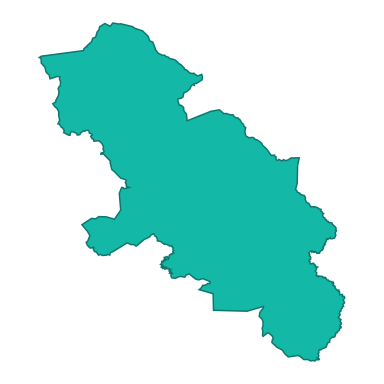 Sefwi-wiawso, Western, Ghana
{"feature_id": "2480657B7942392054994", "entity_name": "Sefwi-wiawso", "entity_type": "district", "adm_level": 2, "iso_a3": "GHA", "parent_name": "Ghana", "parent_adm1": "Western", "projection": "orthographic", "projection_center": [-2.458, 6.306], "detail": "fine", "context": "isolated", "style": "filled", "palette": "teal", "viewbox_px": 384, "rotation_deg": 0, "n_neighbors": 0, "source": "geoboundaries", "source_scale": "gbopen_adm2", "svg_char_len": 5976}
<svg xmlns="http://www.w3.org/2000/svg" viewBox="0 0 384 384"><path d="M58.0,123.9L59.2,123.9L61.4,127.3L62.5,127.8L64.3,130.7L63.7,132.6L68.9,135.3L70.1,135.1L70.1,133.5L71.7,131.4L76.9,133.4L76.9,134.7L78.0,135.1L79.8,134.6L80.7,133.0L83.5,130.8L84.6,131.3L86.1,130.4L88.2,130.3L88.9,130.9L89.3,133.1L92.0,134.1L92.1,135.3L90.6,136.3L92.1,138.8L93.4,139.0L93.9,141.2L99.0,140.7L101.7,143.3L103.5,146.6L103.0,149.3L104.0,150.8L103.8,152.0L101.8,153.2L101.3,152.9L100.9,154.2L103.4,153.9L110.4,161.1L110.1,162.6L111.9,169.7L114.1,171.3L120.6,178.1L125.8,179.7L126.2,181.1L125.3,182.4L126.5,185.1L126.2,185.8L126.9,187.1L128.1,186.9L128.1,187.3L129.1,187.6L124.2,188.7L123.1,187.6L121.8,187.4L121.5,187.8L119.3,193.3L120.7,210.1L114.5,219.2L106.1,216.8L98.7,216.6L95.7,218.8L91.5,218.4L81.9,224.7L87.3,231.1L89.9,235.6L87.8,241.0L86.2,242.3L87.4,245.3L89.7,247.8L90.7,248.1L93.6,247.2L93.9,248.1L93.2,249.0L94.5,251.6L96.3,251.9L98.5,255.1L100.8,254.5L102.3,255.5L106.4,255.2L107.9,254.5L109.7,255.1L110.5,252.5L112.7,251.8L127.1,242.9L131.1,244.6L133.7,244.5L136.1,246.1L136.8,245.7L144.2,239.5L149.6,236.9L151.1,234.9L153.6,233.8L154.8,235.8L156.3,236.7L157.5,239.7L157.3,240.8L160.7,241.5L164.3,244.3L166.4,244.2L169.9,246.1L171.6,245.7L171.9,246.7L172.8,247.0L173.1,250.3L173.5,250.4L172.8,251.7L173.6,253.0L172.9,252.9L171.8,254.4L171.3,253.9L169.4,255.1L168.6,258.6L167.1,256.6L166.3,256.5L165.5,257.4L164.2,257.4L164.4,258.5L166.7,259.6L165.4,259.9L165.0,260.8L164.0,259.9L163.0,261.2L163.7,262.3L162.6,261.1L161.9,261.2L161.6,261.9L162.0,262.9L160.6,264.5L162.0,264.8L161.7,265.7L162.2,266.1L161.2,267.1L162.4,267.5L162.5,268.4L163.7,267.9L163.6,266.4L164.5,267.5L164.2,268.7L164.7,269.1L165.8,268.9L166.2,267.2L167.4,268.8L169.3,268.7L169.1,270.6L170.7,269.9L169.9,271.3L171.1,272.0L169.9,272.2L169.5,273.3L172.0,273.7L171.1,274.4L170.9,276.1L171.8,277.9L175.8,278.2L177.5,277.2L180.5,276.4L184.8,277.2L186.2,275.0L189.0,273.8L195.5,279.0L198.6,279.9L202.8,278.6L210.1,281.6L209.9,283.6L208.0,283.4L205.1,285.3L202.8,285.3L200.9,288.3L199.1,289.7L213.1,293.7L213.5,310.3L247.1,311.2L263.5,306.4L263.5,307.6L260.0,312.1L259.2,316.3L262.2,319.3L263.0,321.6L263.0,325.8L262.2,328.3L262.9,331.7L262.5,335.3L263.1,336.4L266.6,333.5L268.3,332.8L272.2,335.9L273.3,338.1L272.4,339.6L271.9,342.5L276.8,347.1L282.3,350.1L285.0,353.9L288.4,356.9L298.0,355.5L300.2,356.5L303.9,359.6L307.8,359.5L310.5,360.9L313.2,360.5L314.8,361.0L315.9,359.9L319.2,359.6L319.4,359.1L317.4,358.1L318.3,358.0L318.8,355.4L318.0,353.7L318.9,352.9L318.8,351.0L319.4,349.7L320.8,349.9L321.5,349.1L326.1,347.2L327.6,343.0L329.6,342.1L330.0,339.1L332.2,337.1L332.7,337.5L334.9,336.7L335.9,333.1L337.4,332.6L337.5,331.6L339.4,330.2L339.6,328.5L341.1,327.8L341.1,326.7L340.3,326.6L339.9,325.5L341.2,324.1L341.1,322.4L340.2,321.6L340.3,320.3L341.0,319.8L338.4,317.5L340.2,314.5L339.5,313.3L339.9,311.5L340.9,311.2L341.1,309.1L342.2,308.2L342.4,306.7L343.6,306.5L343.0,305.2L343.2,304.2L344.6,302.8L343.2,299.9L344.7,298.0L344.7,297.1L343.9,296.2L342.6,296.6L342.4,294.4L339.7,294.7L339.4,291.3L338.2,291.0L338.6,290.0L336.8,290.1L335.2,287.9L335.0,286.2L332.9,285.3L333.8,283.6L333.3,282.6L333.2,283.1L332.1,282.9L331.8,281.7L328.6,280.9L328.4,280.1L327.2,280.0L325.4,277.4L324.7,277.4L324.5,278.0L323.4,277.3L323.0,277.6L322.6,276.5L319.2,276.1L318.5,276.8L318.0,275.9L316.4,275.8L316.7,272.6L315.4,271.3L316.5,268.8L316.4,267.9L317.5,267.1L315.6,266.8L316.1,265.6L315.3,266.3L314.9,264.6L314.5,264.1L314.0,264.4L313.1,263.2L310.6,264.0L309.8,262.7L310.0,261.5L308.9,260.9L309.0,260.2L310.6,259.3L310.7,257.6L310.1,256.2L309.3,255.9L309.7,254.1L308.8,253.3L310.1,251.2L311.4,251.2L311.8,252.1L312.4,251.3L313.3,252.2L314.4,251.3L315.2,251.6L315.0,252.2L315.8,252.0L317.1,252.8L317.0,253.3L319.5,253.2L319.9,251.9L321.7,250.0L322.3,250.2L323.1,248.9L323.5,247.4L323.0,247.1L324.6,245.2L324.4,244.2L325.3,244.1L324.7,243.1L326.0,241.8L326.7,238.8L327.9,239.5L328.2,238.7L329.6,238.5L330.1,237.8L330.2,238.6L331.7,238.8L334.5,238.1L335.9,235.1L335.1,233.1L336.5,230.7L335.7,229.9L336.2,228.8L335.6,227.2L332.3,224.1L331.9,222.9L328.6,222.4L328.2,221.4L327.3,221.5L326.3,219.8L325.5,219.6L324.7,217.9L323.4,217.4L322.5,215.1L323.5,213.6L322.7,213.6L322.1,211.9L320.6,211.0L321.2,209.4L319.1,209.0L318.4,208.1L315.1,206.8L310.7,206.7L308.6,203.1L307.3,203.0L306.3,202.0L305.2,199.4L305.5,197.9L304.4,195.6L300.9,194.6L299.7,193.1L297.5,192.3L296.5,190.2L295.5,189.6L297.2,183.4L297.6,165.6L299.2,157.8L290.9,158.0L288.3,159.8L285.5,160.7L283.6,159.6L281.9,161.0L278.9,159.4L277.9,160.3L276.8,160.3L275.8,158.7L276.1,157.1L275.7,156.5L274.4,155.9L274.4,155.1L271.2,155.4L266.4,148.7L262.6,145.3L261.6,143.1L257.4,140.0L254.7,139.3L254.4,138.3L252.8,137.4L248.7,137.7L245.9,135.9L244.8,131.7L245.7,127.6L243.8,126.2L243.6,124.4L241.9,123.1L239.6,119.2L238.3,118.8L238.1,118.0L236.1,117.8L234.2,116.7L232.9,114.7L230.1,114.8L226.4,113.5L223.8,113.6L219.4,109.8L210.9,111.3L187.1,120.8L186.4,113.9L184.3,111.5L183.6,109.5L183.8,107.9L182.5,106.3L180.9,105.2L179.4,105.2L177.9,101.0L178.0,98.8L181.0,98.4L183.0,96.9L183.9,92.8L186.7,91.7L189.9,88.8L191.2,86.0L192.5,84.7L194.2,85.2L193.8,83.8L196.3,83.5L202.1,79.8L202.4,76.7L201.7,74.4L197.5,76.0L193.7,73.2L193.3,73.6L189.7,73.0L186.9,70.2L184.4,69.3L184.4,68.3L181.4,65.1L179.9,64.0L179.6,64.2L175.6,60.2L171.8,58.9L170.1,59.0L168.6,57.3L166.4,56.7L164.4,55.1L163.0,55.4L158.3,53.4L155.8,50.1L152.9,42.2L149.7,40.8L148.1,36.3L142.6,30.9L134.8,28.3L132.5,26.6L120.8,23.8L118.4,24.0L112.8,23.0L110.2,26.3L104.9,23.5L99.7,26.7L98.9,29.8L97.1,32.0L95.7,37.1L92.7,38.3L91.6,41.6L87.0,45.8L87.2,46.5L85.5,47.2L84.0,48.8L83.5,50.6L41.3,56.2L39.3,57.5L41.0,58.2L41.3,63.2L44.9,67.2L45.9,71.5L46.6,72.8L49.1,74.9L50.0,78.8L57.5,76.4L60.1,76.9L59.4,78.7L60.6,82.3L60.3,85.8L59.1,86.6L58.1,88.7L59.0,91.3L58.5,95.5L55.9,100.2L55.7,102.0L52.8,103.7L55.1,107.0L56.9,108.3L58.8,111.8L58.6,115.1L59.7,120.1L58.0,123.9Z" fill="#14b8a6" stroke="#0f766e" stroke-width="1.5"/></svg>